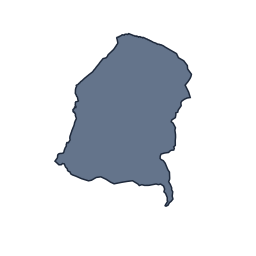 Mayo-Rey, Nord, Cameroon (orthographic projection), rotated 245°
{"feature_id": "32672807B45774164265008", "entity_name": "Mayo-Rey", "entity_type": "district", "adm_level": 2, "iso_a3": "CMR", "parent_name": "Cameroon", "parent_adm1": "Nord", "projection": "orthographic", "projection_center": [14.714, 8.186], "detail": "fine", "context": "isolated", "style": "filled", "palette": "slate", "viewbox_px": 256, "rotation_deg": 245, "n_neighbors": 0, "source": "geoboundaries", "source_scale": "gbopen_adm2", "svg_char_len": 4518}
<svg xmlns="http://www.w3.org/2000/svg" viewBox="0 0 256 256"><g transform="rotate(245 128 128)"><path d="M189.2,193.3L189.7,192.9L189.7,192.6L189.8,192.3L190.1,192.0L190.7,191.7L191.4,190.5L191.4,190.1L191.6,189.9L192.3,189.8L192.7,189.3L193.1,189.1L193.7,188.5L194.7,187.4L195.2,186.9L195.8,186.6L196.8,185.7L197.2,185.6L197.5,185.4L198.1,184.6L199.0,184.2L199.5,183.4L200.3,183.1L201.2,182.1L201.6,181.7L202.1,181.5L202.9,180.7L203.4,180.4L203.6,180.1L203.5,179.5L203.8,179.3L204.3,179.0L204.5,178.7L204.6,178.1L204.9,177.8L205.6,177.6L206.1,176.5L205.9,176.1L206.0,176.0L206.0,175.9L206.8,175.5L207.2,175.2L207.2,174.7L207.6,174.3L208.0,174.3L208.1,174.2L208.0,173.7L208.5,172.9L208.8,172.7L209.4,172.4L209.8,171.5L210.2,171.4L211.0,170.7L211.4,170.3L211.6,169.9L212.3,169.5L212.8,168.8L212.9,168.7L213.1,168.7L213.3,168.4L213.3,168.1L213.0,167.8L212.9,167.4L213.0,167.0L213.8,166.1L214.2,164.9L214.1,164.4L213.8,164.0L213.8,163.8L214.2,163.3L214.7,162.6L214.9,161.6L214.7,161.3L214.6,160.1L214.7,159.6L214.5,159.0L214.7,158.4L214.4,158.0L214.4,157.6L214.7,157.0L214.8,156.7L214.8,156.4L214.4,155.8L213.5,155.7L211.2,155.2L209.7,154.8L209.0,154.4L208.6,153.9L208.3,153.2L207.8,152.3L207.5,152.1L206.5,150.3L206.2,149.9L205.8,149.2L205.1,147.8L203.2,142.1L203.0,141.5L202.8,141.2L202.6,140.6L201.5,139.5L201.2,138.6L200.9,137.8L201.0,136.9L201.4,134.9L201.4,134.6L200.6,133.0L200.2,132.2L199.8,131.3L198.8,129.4L198.5,129.0L196.6,125.0L196.0,124.0L195.6,123.2L195.1,122.2L194.9,121.5L194.2,120.4L193.8,119.6L192.8,115.0L192.5,114.1L192.2,112.7L192.0,112.0L191.6,110.5L191.5,109.9L191.3,109.3L191.1,108.7L190.8,107.8L190.4,106.6L190.1,105.5L190.1,105.0L189.8,104.2L189.4,103.7L189.3,102.9L189.1,102.2L188.8,101.7L188.6,100.7L188.6,99.8L188.6,99.3L188.5,99.1L187.3,98.9L186.3,97.6L185.1,96.7L184.4,96.3L183.2,95.7L182.5,95.3L181.7,94.9L181.1,94.9L180.4,95.0L179.9,95.1L179.3,94.9L178.6,94.9L178.3,94.9L177.6,95.2L176.9,95.1L175.0,94.6L174.6,94.5L173.8,94.6L173.5,94.4L173.4,93.9L173.6,92.5L173.8,91.9L173.7,91.6L173.0,90.8L172.7,90.8L171.6,90.3L171.3,89.9L170.8,89.8L170.1,89.9L169.5,89.9L168.6,89.3L168.8,88.9L169.5,88.4L168.9,87.9L168.5,87.5L168.3,87.4L168.2,87.2L168.3,86.8L167.9,85.9L167.7,85.7L167.2,85.6L166.8,85.4L166.6,85.5L166.1,85.2L165.7,85.7L165.3,85.5L165.2,85.6L164.8,85.7L164.5,86.1L163.6,86.0L163.1,86.2L162.7,86.2L161.7,85.6L161.2,85.6L160.5,85.4L159.2,85.4L158.9,85.4L158.0,84.9L157.0,83.5L156.4,83.0L155.6,82.0L154.3,81.1L153.2,80.2L151.8,78.7L151.3,78.1L151.0,77.7L150.9,77.7L150.7,77.6L150.1,76.9L149.5,76.1L149.1,75.9L147.1,73.9L146.2,73.1L145.0,71.9L144.3,71.5L143.5,71.0L142.8,70.8L142.0,70.6L141.7,70.5L141.3,70.0L140.0,67.9L139.9,67.5L140.6,66.8L140.6,66.5L140.1,65.9L139.3,65.3L139.2,65.1L138.6,64.9L138.0,64.5L137.6,64.4L137.4,64.1L136.9,63.2L136.7,62.9L136.3,62.4L135.6,61.8L135.5,61.5L135.2,61.4L134.6,60.7L133.7,60.1L133.0,59.3L132.7,58.6L132.9,57.6L132.9,57.4L133.0,57.2L133.6,55.8L133.7,55.4L133.8,54.5L133.8,54.1L133.4,53.1L132.8,52.6L131.3,51.8L130.6,51.1L130.1,50.3L129.9,49.7L129.7,49.5L129.4,48.9L128.8,47.8L127.9,48.2L126.2,48.9L123.9,49.8L122.9,52.0L123.5,53.6L122.4,55.1L119.1,54.9L116.8,55.7L115.9,55.5L115.2,55.3L113.9,55.7L112.8,56.8L110.5,56.8L109.0,57.8L108.7,58.1L106.9,59.9L106.4,60.4L101.8,64.4L96.8,69.9L96.1,72.8L96.6,78.3L95.2,82.8L90.6,86.6L89.8,87.1L86.0,89.5L85.6,89.9L83.3,91.8L81.3,99.9L80.0,104.5L78.3,109.8L73.1,113.3L71.1,113.9L70.8,116.6L69.0,118.7L67.2,122.7L65.4,129.8L63.8,131.6L63.4,133.9L60.3,135.7L57.2,135.4L55.0,133.6L52.9,134.4L48.4,134.2L45.7,132.9L44.8,133.0L42.7,129.7L41.9,128.8L41.1,129.4L41.1,131.6L42.8,134.0L43.3,136.1L44.6,138.7L47.6,139.3L51.3,141.6L53.4,141.4L55.3,142.3L57.8,142.4L59.2,142.5L59.9,142.3L62.2,142.2L64.0,144.1L65.2,144.7L70.5,146.9L73.2,146.5L74.1,146.5L80.4,146.8L83.4,146.2L85.5,144.6L86.8,144.2L88.9,145.3L90.4,146.9L89.9,150.4L88.7,154.4L89.5,156.8L89.5,157.9L88.7,160.1L89.7,161.1L90.1,161.4L91.6,161.4L92.2,163.5L93.5,164.1L96.6,165.5L99.5,167.2L102.0,168.3L106.3,169.6L108.1,171.1L113.4,170.9L115.4,169.8L116.8,171.1L117.4,175.3L119.7,176.9L121.5,177.7L121.3,179.7L122.8,180.9L123.1,181.2L125.7,185.6L128.6,186.6L129.6,188.0L130.2,191.1L130.2,194.1L130.0,194.9L129.3,197.3L134.9,198.1L138.7,198.0L142.7,197.9L144.6,201.8L145.6,203.5L146.7,205.2L147.6,206.3L148.3,207.0L149.9,208.2L156.3,207.0L159.6,208.2L159.9,208.1L165.4,206.9L165.8,206.6L170.4,203.4L174.9,203.4L175.2,203.2L182.3,198.2L183.3,197.5L185.6,195.9L187.6,194.7L189.1,193.4L189.2,193.3Z" fill="#64748b" stroke="#1e293b" stroke-width="1.5"/></g></svg>